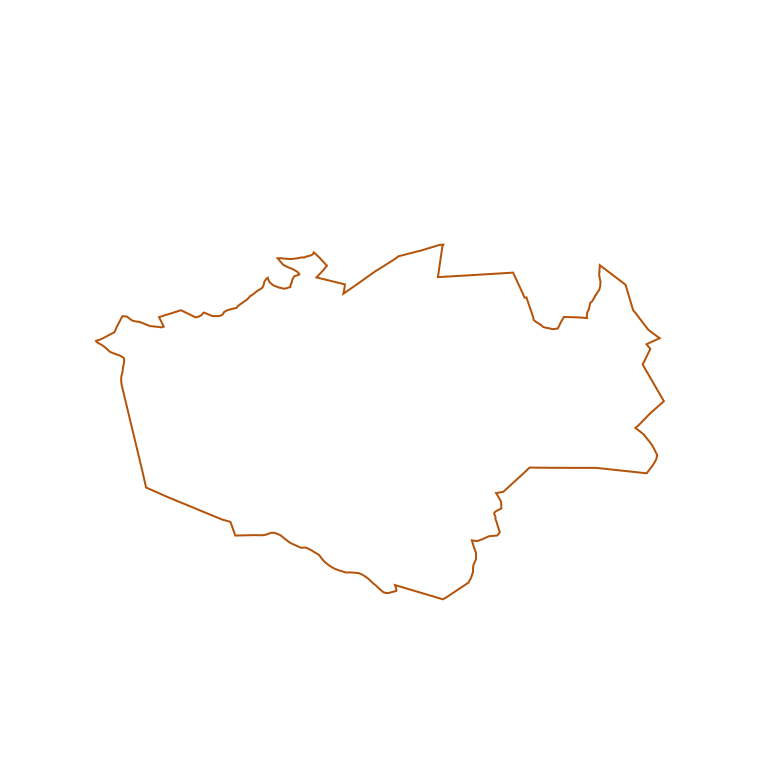 the district of San José Tenango, Oaxaca, Mexico, rotated 296°
{"feature_id": "50627088B37227996856729", "entity_name": "San José Tenango", "entity_type": "district", "adm_level": 2, "iso_a3": "MEX", "parent_name": "Mexico", "parent_adm1": "Oaxaca", "projection": "equal_earth", "projection_center": [-96.652, 18.165], "detail": "fine", "context": "isolated", "style": "outline", "palette": "amber", "viewbox_px": 768, "rotation_deg": 296, "n_neighbors": 0, "source": "geoboundaries", "source_scale": "gbopen_adm2", "svg_char_len": 4894}
<svg xmlns="http://www.w3.org/2000/svg" viewBox="0 0 768 768"><g transform="rotate(296 384 384)"><path d="M208.1,482.0L216.3,531.3L218.8,533.1L242.5,547.0L242.8,547.0L248.0,547.2L254.0,546.4L257.7,544.7L260.6,543.7L266.8,543.5L271.1,541.5L271.8,541.1L272.7,540.5L277.1,536.0L282.0,531.5L282.9,534.4L283.8,536.8L287.8,540.6L293.2,545.1L297.5,552.2L301.5,553.1L307.9,546.9L309.9,545.2L311.0,543.7L312.2,543.1L313.6,542.3L314.5,541.3L315.4,540.2L316.3,539.6L316.9,539.6L319.2,540.7L323.6,544.0L329.5,540.9L333.9,534.5L335.1,532.5L339.4,538.5L349.3,542.4L362.7,547.7L372.7,551.5L382.6,572.3L384.7,576.6L396.7,601.4L401.5,611.2L417.0,654.0L418.3,657.6L419.0,659.3L420.8,659.6L427.0,660.9L429.7,661.3L434.7,661.7L436.1,661.6L437.5,661.3L439.1,660.9L440.4,660.2L441.4,658.5L442.8,656.9L444.2,655.1L446.2,652.2L447.5,650.0L449.0,646.9L450.8,643.0L452.6,639.4L454.4,630.7L454.7,629.2L459.1,631.1L474.3,636.1L491.2,643.1L515.0,607.8L517.1,608.0L525.6,608.0L532.3,608.0L534.8,602.5L536.8,604.1L546.0,611.7L547.3,604.2L548.6,597.8L556.0,583.0L557.7,579.8L559.5,575.6L579.1,557.6L585.4,525.9L584.4,526.3L584.2,526.4L582.4,527.1L581.3,527.5L580.8,527.7L579.4,528.5L578.2,528.8L576.3,529.6L575.5,530.3L574.0,531.2L573.2,531.9L572.2,532.6L571.0,533.7L567.3,535.2L566.1,535.6L563.6,536.1L562.9,536.1L561.1,535.9L559.8,535.6L559.2,535.5L558.3,535.6L556.7,535.4L555.8,535.0L554.5,535.3L554.2,535.2L551.7,535.0L549.6,534.8L546.9,533.8L544.7,534.5L542.5,534.9L541.2,535.5L539.9,535.3L538.2,535.3L536.9,535.4L535.1,536.2L533.5,536.6L532.3,537.6L529.2,529.8L523.1,516.3L517.5,515.9L510.1,515.9L509.0,514.2L508.1,513.1L507.1,511.2L506.6,508.5L505.8,505.9L505.0,502.1L505.8,499.8L506.2,496.3L506.5,493.3L507.2,490.4L509.4,488.9L524.3,474.0L523.2,472.6L529.9,464.5L540.7,451.2L518.3,411.6L503.7,385.6L533.5,376.1L535.2,376.2L533.4,373.0L519.5,358.0L518.0,356.1L505.1,341.0L500.5,338.6L487.7,330.7L481.4,326.7L472.6,321.9L461.5,315.9L447.4,307.9L451.5,306.9L456.4,305.2L450.2,276.6L460.2,279.7L465.4,280.8L465.7,279.8L468.6,272.2L468.8,271.9L470.7,266.2L471.2,264.4L471.5,263.2L471.3,263.2L469.9,263.2L469.1,263.0L468.5,262.6L467.6,262.0L466.6,260.7L465.9,260.1L465.3,259.2L464.6,258.4L462.7,256.9L462.2,255.4L461.6,254.5L460.7,253.3L459.5,251.7L458.4,250.2L457.1,248.1L456.5,247.1L455.6,245.8L455.0,244.5L454.6,243.3L453.8,241.5L453.3,240.3L452.5,238.1L451.7,235.6L450.3,233.3L449.3,235.8L448.7,237.0L448.4,237.7L447.9,238.8L447.5,239.9L447.0,240.9L446.9,242.2L446.9,243.3L446.9,244.9L446.8,246.1L446.9,247.2L447.0,248.5L447.1,249.7L447.2,251.1L447.2,252.2L447.1,253.3L447.0,254.4L447.0,255.8L446.8,257.0L446.3,258.2L446.0,259.2L445.4,259.9L444.6,259.2L443.9,258.6L442.6,257.3L441.7,256.4L440.9,256.0L439.8,256.0L438.3,255.9L437.1,255.9L436.0,256.2L435.2,256.6L433.8,256.4L432.6,256.6L430.9,256.9L430.0,257.4L428.9,255.8L427.5,254.7L426.1,252.7L425.5,251.4L425.3,249.7L425.0,248.5L424.6,247.4L424.6,246.2L424.3,244.4L424.3,243.3L424.1,242.4L424.2,241.2L424.5,239.8L424.8,238.4L425.2,237.1L425.7,236.0L426.5,234.9L427.1,234.3L427.8,233.8L428.6,233.0L427.4,232.4L426.1,232.0L424.9,231.8L424.0,231.7L422.9,231.7L421.4,232.2L419.3,232.5L417.4,232.5L415.0,231.2L412.6,229.6L410.8,228.6L408.4,227.6L408.2,227.5L406.7,226.6L406.3,226.6L404.1,225.0L402.8,224.9L399.5,223.7L397.0,222.3L394.8,221.1L391.7,219.3L389.8,218.5L387.5,217.9L385.5,215.3L384.1,213.6L382.1,211.4L380.4,209.9L378.5,208.7L377.2,208.7L375.5,208.4L374.2,207.5L372.7,205.8L371.7,203.8L370.9,202.2L370.3,201.1L369.9,199.8L369.7,198.5L369.6,197.2L369.6,195.8L369.5,194.6L369.5,193.4L369.4,192.7L369.2,191.6L369.3,190.9L368.7,190.4L367.9,190.3L366.3,189.9L365.0,189.1L364.0,188.5L363.4,187.9L362.8,187.2L362.7,187.1L362.3,186.6L361.3,185.5L361.3,179.1L361.3,169.2L345.5,152.5L339.0,160.9L337.5,159.5L335.5,153.7L334.3,150.5L333.5,148.4L332.7,137.4L330.9,131.6L330.7,129.2L331.9,123.2L330.3,119.2L326.8,119.0L318.4,118.8L312.3,119.0L308.6,116.2L302.6,111.9L299.9,109.7L296.5,106.3L295.7,107.3L295.4,113.0L294.8,116.8L293.6,120.8L292.8,123.6L293.0,127.0L293.3,130.0L293.6,132.9L293.8,135.7L293.2,138.8L292.1,139.8L289.0,141.0L283.8,142.4L280.5,143.6L277.4,144.2L274.3,145.1L271.7,146.4L268.4,148.4L264.9,151.3L198.7,205.9L194.9,208.9L193.8,209.8L186.7,215.5L186.8,220.3L186.9,221.8L186.9,223.0L187.1,225.8L187.5,238.7L191.2,297.6L192.6,305.5L192.7,306.5L182.6,316.8L191.1,333.2L194.9,341.4L197.4,344.6L200.6,347.5L202.3,350.9L202.6,355.3L202.7,357.1L201.5,362.4L200.3,368.0L200.1,370.9L200.3,377.3L200.3,380.3L200.9,382.3L202.0,383.8L202.8,385.9L202.8,388.6L202.7,392.0L202.6,392.9L202.4,394.6L201.9,400.5L200.0,404.3L198.5,407.5L197.4,411.4L197.0,413.6L196.6,416.3L196.3,421.2L196.8,425.4L197.9,432.4L199.9,436.3L201.5,440.3L203.0,444.4L203.1,448.9L202.2,454.8L200.1,461.6L199.2,465.9L198.4,467.8L197.6,470.6L197.1,472.3L196.6,474.8L197.1,477.7L198.5,480.1L201.1,483.1L203.4,485.8L205.6,484.5L208.1,482.0Z" fill="none" stroke="#b45309" stroke-width="2"/></g></svg>